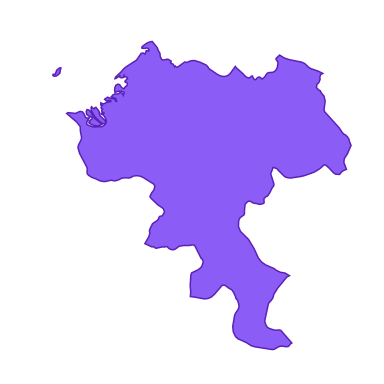 the Department of Cauca, rotated 7°
{"feature_id": "COL-1404", "entity_name": "Cauca", "entity_type": "Department", "adm_level": 1, "iso_a3": "COL", "parent_name": "Colombia", "parent_adm1": "", "projection": "albers", "projection_center": [-77.137, 2.145], "detail": "fine", "context": "isolated", "style": "filled", "palette": "violet", "viewbox_px": 384, "rotation_deg": 7, "n_neighbors": 0, "source": "natural_earth", "source_scale": "10m", "svg_char_len": 5875}
<svg xmlns="http://www.w3.org/2000/svg" viewBox="0 0 384 384"><g transform="rotate(7 192 192)"><path d="M58.0,129.3L59.3,128.3L66.7,128.2L71.1,125.6L73.5,125.8L75.2,127.4L76.5,129.7L77.5,131.1L78.9,131.5L81.2,130.8L80.1,132.7L79.0,135.4L79.2,137.6L81.7,138.6L85.7,139.4L87.2,139.4L90.5,138.7L91.9,138.6L95.0,137.9L97.1,136.2L98.3,133.9L98.3,131.7L97.5,130.1L96.1,128.0L94.3,126.2L92.4,125.7L92.4,124.9L94.9,124.9L94.9,124.0L93.3,123.6L92.5,122.8L92.5,121.7L93.2,120.6L91.9,120.2L91.4,119.4L91.7,118.4L92.4,117.1L91.3,116.9L90.7,116.6L90.7,114.6L92.9,115.5L94.6,114.7L96.2,113.5L97.9,112.8L99.8,112.4L100.5,111.9L100.1,111.2L99.0,111.0L97.0,111.9L95.9,111.9L94.0,110.8L94.5,109.9L95.9,109.0L96.6,108.2L99.5,108.9L101.8,109.0L103.5,108.6L104.9,110.5L105.2,111.2L106.1,111.2L104.9,108.5L100.3,107.3L101.8,105.1L103.7,104.1L105.5,103.9L107.2,103.4L108.7,101.7L110.9,102.8L111.6,103.4L112.0,104.3L112.7,101.4L110.0,100.5L106.2,101.1L103.5,102.6L102.8,100.7L102.7,97.9L103.4,95.4L105.2,94.0L106.9,94.2L108.0,95.2L109.0,96.5L110.4,97.4L111.8,97.9L112.2,97.6L112.3,96.9L112.9,95.7L114.6,94.2L114.7,93.7L114.6,92.3L114.2,91.6L112.5,91.2L112.0,90.6L112.0,90.0L112.7,89.5L113.3,87.9L114.3,87.4L113.8,86.3L113.0,85.8L111.9,85.8L111.0,85.7L110.4,84.5L110.0,85.7L110.4,86.3L109.0,87.1L107.6,87.3L106.5,86.9L106.1,85.5L103.0,88.3L101.8,88.9L102.0,87.4L106.6,81.9L109.4,77.8L111.2,75.9L120.8,67.9L124.7,60.5L126.5,60.0L128.6,60.8L129.4,57.2L130.3,57.2L131.5,57.5L132.2,56.7L131.5,55.4L129.6,54.5L127.7,55.2L124.9,55.5L124.5,54.4L126.0,52.5L129.0,49.8L131.1,48.5L134.1,47.4L139.8,52.8L141.5,56.0L142.8,57.5L143.4,58.7L143.7,60.4L144.0,61.4L145.6,63.9L146.6,64.5L148.5,64.2L151.2,63.2L152.2,63.2L155.3,64.6L155.5,65.3L154.9,66.0L155.1,66.5L156.0,67.2L156.5,67.1L157.5,67.3L159.4,69.6L159.8,69.0L160.1,69.0L160.6,69.6L161.5,69.9L162.8,69.5L168.8,64.0L169.6,63.8L170.6,64.0L171.4,64.0L173.5,62.5L176.1,61.6L178.4,61.2L184.2,62.2L190.2,64.1L191.1,64.6L193.1,66.5L193.9,67.6L195.2,68.2L202.5,72.0L206.1,73.3L208.3,73.5L210.4,73.3L211.6,72.9L213.4,72.0L215.6,69.5L219.7,62.1L221.3,63.7L227.8,68.1L230.6,70.5L232.9,71.7L234.5,71.9L235.5,71.4L237.1,69.6L237.9,69.6L238.9,71.3L239.9,72.5L240.9,72.9L241.5,72.8L241.9,72.5L242.1,71.6L243.3,70.3L244.9,69.6L245.7,69.9L247.8,71.4L249.7,69.4L250.5,68.3L251.7,65.6L252.5,64.7L254.1,64.0L257.3,63.4L258.6,62.8L259.9,61.5L261.0,59.6L261.5,57.7L261.6,53.3L261.2,52.2L259.5,50.6L259.1,49.5L259.6,48.6L262.3,45.4L267.1,47.7L272.7,48.8L284.9,49.7L288.3,50.8L292.9,54.2L294.8,55.0L302.7,56.7L307.4,58.4L305.4,59.7L304.9,62.5L305.4,64.7L304.5,68.1L303.3,69.3L302.9,70.4L302.8,73.2L305.2,75.2L307.0,75.9L308.6,78.3L311.3,80.6L313.1,85.6L313.0,93.9L313.8,96.1L330.3,110.4L333.6,114.3L335.2,115.8L337.2,116.6L339.5,118.2L341.1,120.1L342.6,123.5L344.2,126.4L341.6,135.2L339.2,140.1L339.0,143.8L342.5,150.7L339.5,152.4L338.0,153.9L336.3,156.6L332.2,156.8L329.8,155.5L325.6,151.9L321.1,148.7L319.5,149.3L316.5,152.8L313.6,155.3L310.7,157.5L301.7,162.0L297.7,163.5L287.8,166.2L284.7,166.1L282.3,165.6L275.4,160.3L273.4,158.5L269.6,157.6L267.9,164.3L272.4,174.2L272.3,176.2L271.3,177.6L269.1,183.7L267.4,186.9L266.0,187.6L264.3,189.7L264.5,191.9L264.9,193.7L264.6,194.4L263.7,195.0L261.9,195.7L260.1,196.1L257.7,195.6L255.5,195.6L253.5,195.3L252.0,194.5L249.9,194.0L248.2,195.0L246.2,197.7L246.3,203.4L246.7,207.2L246.4,208.4L243.0,211.5L242.0,213.7L241.9,215.3L242.3,220.6L244.9,225.2L254.0,232.3L260.5,240.6L266.0,249.5L269.3,252.8L273.7,255.3L283.1,258.1L285.0,259.4L289.5,260.9L294.3,261.1L298.9,263.2L296.5,264.8L288.7,277.1L285.8,283.3L285.1,287.5L284.1,289.5L281.8,292.7L281.4,294.3L279.9,310.7L280.2,312.1L281.6,315.0L283.0,316.8L285.2,318.0L291.1,319.1L295.9,318.2L297.1,318.6L309.5,329.7L308.1,330.9L307.3,332.5L306.3,333.7L304.1,334.1L300.1,334.0L298.5,334.3L296.6,335.2L292.8,338.1L290.9,338.6L273.2,338.0L269.4,337.3L264.4,334.9L255.5,332.1L253.0,330.4L250.0,325.7L248.8,320.5L249.3,309.5L249.9,307.2L252.0,303.1L252.6,300.8L252.5,299.2L252.0,297.5L250.4,294.0L248.3,292.0L248.0,290.6L245.7,286.9L243.5,284.3L239.3,282.5L237.3,281.2L235.3,280.5L233.3,281.0L226.7,290.9L223.9,294.0L220.5,295.9L217.1,296.6L207.3,296.0L203.1,296.0L202.9,291.3L201.6,285.2L201.0,274.6L201.5,272.3L207.5,268.5L208.9,267.1L210.3,265.4L210.9,264.1L211.6,260.3L211.5,259.3L210.9,258.3L210.4,257.6L209.1,256.7L201.5,245.2L200.7,244.7L199.5,244.3L195.5,245.5L190.4,246.1L186.5,247.2L185.7,247.5L183.3,249.9L181.9,251.0L180.9,251.5L179.7,251.7L178.3,251.6L176.1,251.0L174.0,249.3L173.2,249.3L171.2,250.0L169.2,250.1L163.0,252.3L160.5,251.0L158.9,251.4L151.5,249.0L154.6,241.6L155.2,238.0L154.5,236.0L154.6,234.2L156.7,228.2L161.2,224.3L162.1,222.3L162.6,220.5L163.2,220.0L165.4,219.3L167.2,215.1L165.4,211.9L163.0,210.6L159.9,209.1L152.4,203.5L151.3,202.4L150.8,201.4L152.2,197.5L154.0,194.5L154.4,190.8L153.0,188.8L141.9,183.6L139.6,182.8L138.2,182.6L136.3,182.5L134.8,182.6L132.0,183.3L130.2,184.5L129.8,185.0L127.6,185.8L124.1,186.0L120.7,186.8L117.7,188.9L114.1,190.4L110.2,190.2L104.3,192.3L102.0,192.4L99.2,192.1L94.7,190.6L90.8,189.7L87.2,188.0L86.0,186.8L85.5,185.8L85.1,181.7L84.8,180.5L75.8,167.5L73.6,162.4L73.4,161.2L73.5,160.1L73.7,158.9L75.3,154.6L75.7,153.1L75.8,151.8L75.5,150.5L74.0,146.0L73.4,143.1L73.1,140.7L69.2,136.8L58.0,129.3ZM91.4,127.4L96.2,131.1L97.9,132.9L97.3,134.8L95.2,135.0L92.0,133.4L86.3,129.1L82.9,124.5L82.1,123.1L81.7,121.6L81.6,120.2L81.9,119.6L83.3,120.8L84.7,121.4L85.0,120.6L86.3,119.6L89.8,123.1L90.3,124.1L90.9,126.5L91.4,127.4ZM79.4,123.1L81.2,124.2L85.9,130.4L87.8,131.8L92.0,134.3L94.1,135.9L91.1,137.8L87.2,138.0L83.5,137.1L81.2,135.9L82.1,135.1L81.2,134.2L83.8,131.7L83.8,130.2L82.1,129.3L79.9,129.1L78.0,127.8L77.2,125.2L77.7,123.0L79.4,123.1ZM44.0,86.3L45.7,84.8L46.8,84.9L46.5,86.6L46.4,90.1L44.6,92.2L43.2,93.4L41.3,93.9L39.8,93.4L39.8,92.1L41.8,91.9L42.9,87.6L44.0,86.3Z" fill="#8b5cf6" stroke="#5b21b6" stroke-width="1.5"/></g></svg>